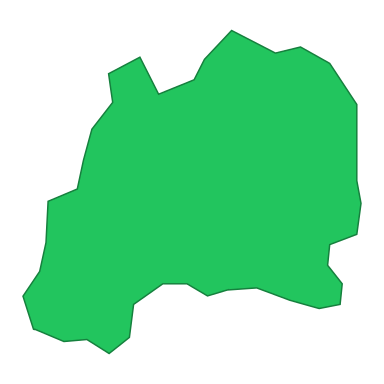 Alampra, Nicosia, Cyprus
{"feature_id": "46923920B79876706126113", "entity_name": "Alampra", "entity_type": "district", "adm_level": 2, "iso_a3": "CYP", "parent_name": "Cyprus", "parent_adm1": "Nicosia", "projection": "robinson", "projection_center": [33.406, 34.989], "detail": "fine", "context": "isolated", "style": "filled", "palette": "green", "viewbox_px": 384, "rotation_deg": 0, "n_neighbors": 0, "source": "geoboundaries", "source_scale": "gbopen_adm2", "svg_char_len": 744}
<svg xmlns="http://www.w3.org/2000/svg" viewBox="0 0 384 384"><path d="M356.8,104.5L329.7,63.4L300.5,47.0L275.4,53.1L231.6,30.5L204.5,59.3L194.1,79.8L158.6,94.2L139.9,57.2L108.6,73.7L110.6,87.9L112.7,102.4L91.9,129.2L83.5,160.1L77.3,189.0L48.1,201.3L46.0,242.6L39.7,271.4L23.0,296.2L33.5,329.2L34.3,329.5L34.7,329.2L63.7,341.4L63.9,341.5L85.8,339.6L86.9,339.5L109.1,353.5L129.4,337.4L133.6,304.4L162.8,283.8L185.7,283.8L187.0,283.8L207.5,295.9L225.9,290.4L227.0,290.1L228.4,289.7L228.4,289.9L256.7,287.9L290.0,300.3L310.9,306.2L318.8,308.4L319.2,308.5L334.5,305.5L340.1,304.4L342.2,283.8L327.6,265.3L329.7,244.6L356.8,234.3L361.0,203.4L356.8,180.7L356.8,149.8L356.8,127.1L356.8,104.5Z" fill="#22c55e" stroke="#15803d" stroke-width="1.5"/></svg>